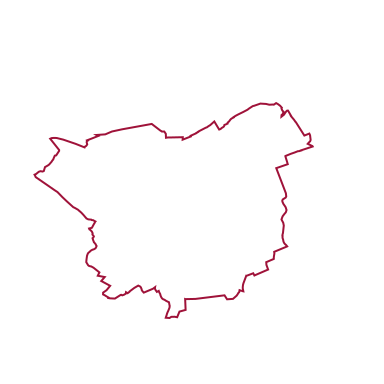 the district of Bacia, Hunedoara, Romania, rotated 152°
{"feature_id": "2599482B44278673032594", "entity_name": "Bacia", "entity_type": "district", "adm_level": 2, "iso_a3": "ROU", "parent_name": "Romania", "parent_adm1": "Hunedoara", "projection": "equal_earth", "projection_center": [23.024, 45.805], "detail": "fine", "context": "isolated", "style": "outline", "palette": "rose", "viewbox_px": 384, "rotation_deg": 152, "n_neighbors": 0, "source": "geoboundaries", "source_scale": "gbopen_adm2", "svg_char_len": 4425}
<svg xmlns="http://www.w3.org/2000/svg" viewBox="0 0 384 384"><g transform="rotate(152 192 192)"><path d="M292.2,305.6L289.6,291.5L290.0,290.7L294.7,288.1L296.1,288.5L298.6,286.5L299.3,285.8L300.3,285.5L301.9,284.6L305.3,283.3L306.8,283.1L310.1,283.0L313.0,280.1L314.3,280.2L316.0,281.5L317.8,281.8L320.2,281.3L321.3,281.1L322.9,281.2L322.9,279.7L323.0,278.5L312.4,258.0L310.8,255.1L308.9,248.5L306.9,242.5L303.9,234.2L303.2,233.4L301.0,229.9L300.8,229.4L300.4,228.2L300.1,227.6L299.8,226.7L299.4,225.7L299.1,224.5L298.7,223.1L298.3,221.4L298.1,220.3L297.7,218.8L297.7,218.3L296.4,216.5L295.3,215.8L294.4,215.2L294.0,215.0L293.7,214.3L292.5,213.5L292.2,213.0L291.1,211.3L292.0,210.9L292.5,210.4L293.6,209.8L295.7,208.4L296.4,207.9L297.3,207.4L300.0,208.1L300.1,207.1L299.7,206.5L299.2,204.8L299.0,204.1L299.1,202.2L299.6,201.7L299.9,201.1L299.6,199.9L299.5,198.9L300.4,198.2L301.5,197.9L301.9,195.8L302.1,193.9L302.2,193.7L302.0,193.2L301.8,192.1L301.6,191.3L301.7,189.5L301.6,189.1L302.3,188.5L303.1,187.9L303.7,187.6L304.7,187.5L305.8,187.5L307.0,187.8L309.1,187.7L310.2,187.3L312.2,186.9L313.3,186.2L314.7,184.9L317.0,181.7L318.3,179.7L318.1,176.2L317.8,175.3L317.0,174.5L316.7,174.1L316.0,173.7L315.6,173.1L315.1,172.3L314.5,171.4L311.5,164.5L314.5,162.3L309.0,157.9L313.9,156.0L308.3,147.6L313.6,145.4L317.7,144.9L318.6,143.3L317.4,141.6L316.8,140.5L315.9,139.0L315.2,137.9L315.6,137.6L314.3,136.6L310.1,134.1L303.4,134.6L302.8,134.5L302.1,133.5L300.1,133.2L299.0,133.3L298.6,133.3L298.2,133.3L297.3,134.5L296.4,132.9L294.1,133.2L293.8,133.5L288.0,134.4L283.4,134.6L283.0,134.0L282.4,133.3L282.2,132.9L281.9,131.8L282.0,131.0L282.1,129.9L282.4,129.1L282.3,127.7L281.8,125.8L271.8,124.9L269.3,125.3L269.9,124.5L270.1,124.0L270.2,123.3L270.2,122.6L270.1,121.6L269.9,120.7L269.9,120.3L267.8,120.3L267.9,119.6L268.0,118.8L268.0,117.9L268.0,116.6L268.3,115.8L268.4,115.0L268.5,114.1L268.5,113.3L268.4,112.1L267.8,110.8L266.9,109.8L266.0,108.1L264.8,106.4L264.1,105.5L265.0,102.6L265.0,102.3L265.6,101.2L266.3,100.3L268.8,98.2L269.9,97.4L271.4,96.1L272.1,95.3L273.2,94.3L274.2,93.3L271.0,91.3L268.9,91.5L265.9,90.0L263.9,88.4L259.2,92.3L253.0,90.9L248.3,100.7L248.1,100.5L247.5,100.2L239.2,96.0L211.8,85.5L211.4,80.8L206.0,78.4L201.3,79.5L199.7,80.3L198.5,81.1L197.6,81.3L197.2,81.6L196.1,83.0L195.2,82.0L194.5,81.4L194.2,81.2L194.0,80.8L193.3,80.2L192.5,82.9L191.9,84.1L190.6,86.0L189.4,87.3L185.2,91.0L183.4,92.6L183.2,92.4L176.1,91.5L176.1,89.0L175.9,89.0L161.2,87.8L160.5,92.7L159.4,95.2L151.2,94.5L150.4,96.0L149.3,97.5L148.2,98.9L147.5,100.6L133.8,99.3L133.5,99.3L133.8,100.9L134.4,102.6L134.6,103.9L134.5,105.3L133.9,107.2L133.6,109.0L132.6,110.8L132.7,111.0L131.9,112.1L131.0,113.0L126.7,119.3L125.9,122.0L125.9,123.1L125.9,125.1L125.9,125.7L125.8,125.8L125.4,126.2L123.4,128.0L120.8,129.2L119.0,129.9L118.6,130.1L117.0,131.7L117.0,131.8L116.5,134.3L116.5,135.2L116.7,137.0L116.9,138.5L116.8,139.8L116.8,140.3L116.5,141.8L115.4,142.8L111.9,143.1L110.9,143.8L109.7,146.8L106.4,173.5L94.4,171.6L93.9,173.9L92.8,179.7L92.7,179.9L92.4,179.9L86.7,179.3L82.9,178.7L79.3,178.3L78.3,177.8L76.2,177.4L76.2,177.6L64.1,175.5L64.1,176.0L67.2,180.2L65.4,180.9L63.9,181.3L62.8,182.3L61.1,186.7L61.0,188.5L66.3,189.1L67.5,204.9L67.7,205.3L68.0,207.9L69.0,212.6L69.0,212.9L68.8,212.9L69.0,218.8L69.8,219.2L70.8,219.0L73.0,217.9L74.4,217.1L77.7,216.5L76.8,217.9L75.6,218.1L73.5,219.8L73.9,221.2L74.0,221.6L73.8,223.7L73.1,224.2L73.7,226.8L74.9,229.3L76.0,231.0L78.8,230.7L79.2,231.1L82.8,232.8L85.3,235.0L90.2,238.0L90.5,238.0L96.9,239.0L97.4,239.2L98.2,239.3L102.7,238.9L104.3,238.6L109.2,238.6L111.9,238.7L115.2,238.8L117.7,238.8L120.2,238.6L120.2,238.3L122.2,238.3L123.1,238.2L124.1,237.9L126.2,236.9L128.0,236.5L128.4,235.7L130.4,235.8L131.9,236.0L132.7,235.1L133.6,234.7L135.7,234.6L137.2,234.2L138.7,234.4L139.2,243.8L144.5,242.5L146.5,242.4L148.6,242.1L149.5,242.3L157.5,242.4L158.5,242.3L158.5,242.1L160.6,242.1L160.7,241.9L166.9,242.3L167.0,241.6L175.7,242.6L175.2,243.4L174.4,244.7L184.7,249.9L187.5,251.4L189.5,252.1L187.8,255.7L188.1,258.4L190.2,259.5L190.5,260.2L191.0,260.9L195.6,271.0L224.4,280.2L234.3,283.0L241.5,283.6L249.6,287.2L248.5,285.5L255.6,286.3L260.3,286.9L260.1,286.3L260.9,286.3L261.7,285.3L261.9,284.3L262.2,283.2L263.7,282.4L265.3,282.3L265.9,281.8L272.1,289.1L281.1,298.7L283.9,301.2L286.0,303.1L287.6,304.1L289.2,304.9L290.7,305.5L292.2,305.6Z" fill="none" stroke="#9f1239" stroke-width="2"/></g></svg>